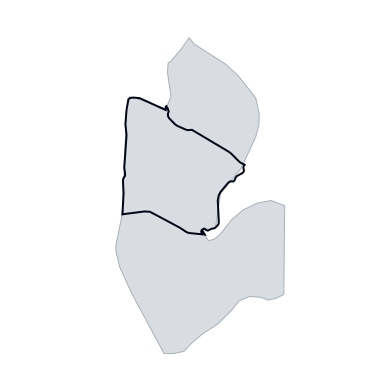 Djibouti, with Tadjourah highlighted, rotated 335°
{"feature_id": "DJI-1571", "entity_name": "Tadjourah", "entity_type": "Region", "adm_level": 1, "iso_a3": "DJI", "parent_name": "Djibouti", "parent_adm1": "", "projection": "equal_earth", "projection_center": [42.622, 12.035], "detail": "fine", "context": "in_parent", "style": "outline", "palette": "ink", "viewbox_px": 384, "rotation_deg": 335, "n_neighbors": 0, "source": "natural_earth", "source_scale": "10m", "svg_char_len": 1778}
<svg xmlns="http://www.w3.org/2000/svg" viewBox="0 0 384 384"><g transform="rotate(335 192 192)"><path d="M270.2,243.7L259.9,265.1L246.8,292.5L231.9,323.7L222.6,323.9L215.3,322.1L210.3,316.8L200.1,311.0L188.6,310.6L177.6,316.0L158.9,322.7L142.1,324.9L128.6,328.6L117.3,333.0L107.2,330.6L98.4,326.7L96.5,293.5L94.5,257.6L94.8,229.5L97.9,214.0L100.6,208.0L116.5,186.6L122.0,177.9L140.2,142.6L155.7,112.3L167.4,89.6L170.9,85.1L175.8,80.9L179.3,82.1L201.9,103.9L205.9,103.3L213.4,96.5L220.3,73.2L225.1,64.7L227.1,64.9L241.6,58.4L254.7,51.0L256.4,58.7L276.3,90.0L282.8,105.4L289.5,133.7L286.0,149.4L280.9,159.6L273.2,168.8L246.7,191.2L217.2,205.5L198.3,234.1L184.3,232.2L186.4,243.0L191.7,244.2L199.8,242.2L216.1,233.9L230.5,229.9L246.1,229.6L260.2,233.2L270.2,243.7Z" fill="#d9dde1" stroke="#a8b0b8" stroke-width="1"/><path d="M119.5,182.9L129.3,164.5L134.1,152.8L135.4,150.8L138.2,149.0L139.1,147.1L140.9,141.3L156.7,112.8L160.3,102.4L167.5,89.7L173.6,81.0L175.7,80.5L178.9,81.7L184.3,84.9L202.8,106.6L204.4,103.6L205.0,103.4L205.3,105.9L204.9,109.1L203.3,110.9L202.9,111.7L202.5,112.6L202.3,113.8L202.4,115.1L202.7,116.3L205.4,123.8L206.1,124.9L206.9,126.2L212.8,132.9L213.9,133.8L215.1,134.5L218.2,135.6L242.6,171.5L244.0,174.4L247.4,183.9L248.4,185.9L251.2,189.6L250.0,190.3L249.2,191.0L248.7,192.1L248.2,194.3L247.6,195.3L245.9,196.1L239.4,196.5L237.7,197.3L236.0,199.0L234.2,200.0L231.0,198.5L228.7,198.9L217.7,204.1L214.6,206.6L211.8,210.5L203.6,230.6L202.8,231.9L201.6,232.8L198.0,234.2L196.9,234.3L194.0,233.6L190.9,233.7L189.9,233.6L189.3,233.0L188.1,230.9L187.5,230.3L184.9,230.5L183.5,231.9L183.5,233.0L185.1,232.5L185.6,236.0L171.8,227.8L170.0,225.9L165.8,219.1L145.5,192.1L140.6,189.5L121.4,183.4L119.5,182.9Z" fill="none" stroke="#020617" stroke-width="2"/></g></svg>